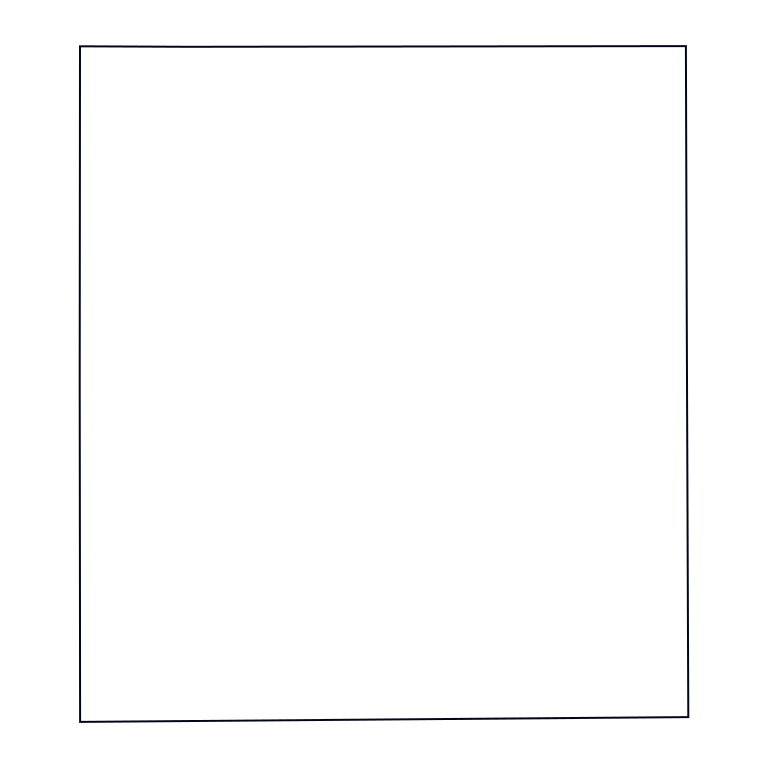 Floyd, Texas, United States of America
{"feature_id": "52423323B99276961620993", "entity_name": "Floyd", "entity_type": "district", "adm_level": 2, "iso_a3": "USA", "parent_name": "United States of America", "parent_adm1": "Texas", "projection": "albers", "projection_center": [-101.357, 34.071], "detail": "fine", "context": "isolated", "style": "outline", "palette": "ink", "viewbox_px": 768, "rotation_deg": 0, "n_neighbors": 0, "source": "geoboundaries", "source_scale": "gbopen_adm2", "svg_char_len": 216}
<svg xmlns="http://www.w3.org/2000/svg" viewBox="0 0 768 768"><path d="M80.1,721.9L688.3,717.1L686.7,300.7L685.9,46.1L188.0,46.8L80.0,46.3L79.7,380.3L80.1,721.9Z" fill="none" stroke="#020617" stroke-width="2"/></svg>